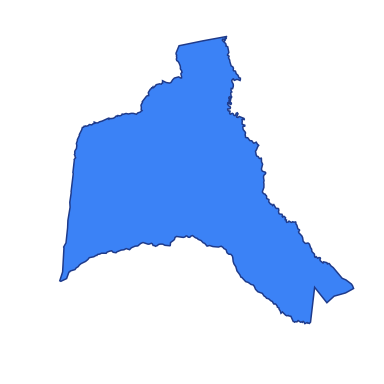 outline of Tsholotsho, Matabeleland North, Zimbabwe, rotated 351°
{"feature_id": "62879985B28907517418650", "entity_name": "Tsholotsho", "entity_type": "district", "adm_level": 2, "iso_a3": "ZWE", "parent_name": "Zimbabwe", "parent_adm1": "Matabeleland North", "projection": "equal_earth", "projection_center": [27.51, -19.64], "detail": "fine", "context": "isolated", "style": "filled", "palette": "blue", "viewbox_px": 384, "rotation_deg": 351, "n_neighbors": 0, "source": "geoboundaries", "source_scale": "gbopen_adm2", "svg_char_len": 6013}
<svg xmlns="http://www.w3.org/2000/svg" viewBox="0 0 384 384"><g transform="rotate(351 192 192)"><path d="M336.5,312.6L335.9,309.7L335.1,307.9L330.3,302.9L326.8,300.7L319.7,288.8L317.7,286.7L316.5,284.4L316.1,284.0L314.5,284.2L314.2,282.9L311.1,281.6L310.3,282.6L307.9,279.9L307.8,278.9L308.5,277.5L308.2,276.9L307.1,276.6L305.8,277.1L304.5,275.3L303.7,275.8L303.0,275.3L303.2,272.5L301.1,269.5L301.2,267.1L300.4,265.4L299.8,261.8L298.6,260.5L296.4,260.6L295.7,260.3L294.1,258.1L294.1,254.3L293.6,252.5L291.1,248.9L291.0,248.0L292.2,246.8L292.2,246.1L290.8,244.9L290.4,241.2L289.7,239.8L289.8,238.0L289.5,237.7L288.0,237.8L286.8,237.1L285.9,237.6L285.1,237.5L283.3,235.9L282.3,236.7L280.8,236.8L280.5,235.9L280.9,234.4L279.7,234.0L279.8,233.2L280.4,232.2L280.1,231.6L279.0,230.4L277.6,230.9L277.3,230.4L277.6,229.3L277.4,228.1L275.0,227.4L274.5,226.9L274.4,224.7L274.9,223.7L274.9,222.2L274.3,221.6L272.9,221.5L272.1,220.6L270.8,217.2L269.4,218.0L268.9,216.6L267.7,216.3L266.3,213.7L266.8,211.5L264.7,210.1L265.0,207.9L264.9,207.2L264.2,206.5L263.9,205.6L262.6,204.9L261.6,203.4L261.7,202.4L263.7,198.8L264.3,195.3L264.3,193.5L264.9,192.2L264.9,189.1L265.2,187.5L265.8,186.6L267.4,185.5L267.8,184.7L267.5,183.9L264.8,182.5L264.2,181.1L264.3,179.8L266.1,175.6L265.4,173.0L265.8,169.7L265.6,169.3L264.4,169.6L263.7,169.2L262.9,167.4L261.6,166.7L261.2,165.3L261.1,161.6L262.2,160.5L264.1,157.4L265.2,156.3L264.1,155.0L263.2,152.8L261.2,153.4L260.4,153.3L259.1,150.8L257.1,150.2L255.5,147.1L254.0,146.8L253.4,146.2L253.6,145.2L253.4,143.9L254.1,142.0L253.9,141.1L252.3,138.3L252.3,135.9L252.8,135.1L253.8,135.3L254.5,135.1L254.6,134.3L252.3,133.0L252.2,131.8L252.7,130.0L252.7,128.3L253.4,128.1L254.8,128.7L255.1,128.2L254.8,127.4L250.5,124.8L249.0,125.6L247.9,125.1L247.9,124.6L249.7,122.0L249.1,120.8L247.9,121.2L247.3,122.7L246.5,123.3L245.5,122.9L245.0,121.3L244.2,120.6L242.0,121.1L241.6,120.6L241.5,119.9L242.2,118.5L242.1,117.9L240.7,117.7L240.1,116.4L240.2,115.6L240.5,115.5L242.3,115.8L243.0,115.2L243.2,114.4L242.9,113.5L242.1,113.0L240.9,111.0L241.3,109.4L241.9,109.3L242.3,110.3L243.6,111.5L244.1,111.6L244.7,111.0L244.7,110.2L244.1,109.2L242.9,109.7L242.5,109.5L242.9,107.6L244.1,107.9L244.7,106.9L244.4,105.5L243.4,106.4L243.0,105.2L243.2,104.3L244.1,103.8L245.6,105.1L246.1,104.3L245.6,103.0L245.7,100.3L246.1,99.7L247.0,99.4L246.4,97.8L246.9,95.8L248.2,96.3L249.2,94.4L249.5,93.2L249.6,91.9L248.7,89.3L248.7,88.0L249.9,86.9L250.7,86.8L251.2,88.4L253.7,87.8L254.9,88.1L256.9,89.4L257.4,88.5L257.6,87.1L256.2,86.4L255.7,83.9L254.2,82.1L253.8,79.4L252.0,78.7L251.8,77.9L252.3,76.2L251.9,74.8L250.4,73.5L249.8,69.4L249.8,67.4L249.0,65.2L249.8,64.1L249.6,63.2L248.5,62.6L248.5,62.1L250.2,60.0L250.0,54.1L248.4,53.1L248.7,52.5L248.5,50.7L245.8,47.1L245.8,46.4L246.4,45.8L247.6,46.2L248.0,47.8L248.4,47.5L248.9,45.4L249.5,45.9L249.9,45.6L249.8,44.2L251.0,43.8L226.5,44.4L202.1,45.5L198.1,52.1L197.8,53.2L198.3,54.4L197.9,55.3L197.9,57.3L197.3,58.2L197.5,59.8L198.6,60.8L199.3,62.3L200.1,65.6L200.1,67.1L199.8,67.9L199.9,69.1L200.7,70.4L200.8,72.3L199.7,73.1L199.5,73.7L199.8,76.4L199.5,77.7L198.7,77.7L196.8,76.2L192.4,76.7L190.4,78.2L188.4,80.5L186.8,80.9L183.6,79.8L180.3,77.5L180.0,79.8L179.4,79.8L178.5,80.7L176.9,80.1L173.4,80.4L172.9,81.0L170.4,82.9L169.9,83.0L169.8,82.1L169.1,82.8L168.5,82.7L168.0,83.4L166.8,84.1L164.5,86.8L164.3,87.4L164.5,87.9L164.3,90.0L163.0,89.9L162.0,90.3L157.0,95.0L157.1,95.7L155.2,98.3L155.2,100.6L154.7,102.6L155.4,103.8L154.6,104.0L153.6,104.9L150.8,105.4L149.3,106.5L146.5,105.2L144.4,104.8L141.4,105.0L139.1,104.1L136.6,104.5L135.2,104.1L134.7,104.9L133.6,105.4L132.1,105.4L130.7,104.8L130.1,105.5L129.6,105.1L128.6,105.3L128.0,105.9L125.9,106.9L123.1,106.8L121.7,106.2L121.7,106.8L121.3,107.2L120.4,106.2L114.3,107.9L111.6,108.2L109.9,109.0L108.1,108.7L106.3,107.6L106.2,108.0L106.8,108.9L104.8,109.2L103.5,110.0L101.1,109.3L100.0,110.2L97.9,110.5L97.3,110.1L96.4,110.5L95.8,110.1L94.9,111.1L93.8,111.1L92.8,113.3L89.7,117.6L89.7,118.4L87.0,122.3L86.8,123.4L85.4,126.0L85.5,128.0L84.7,130.9L83.0,132.8L82.4,134.1L82.4,135.6L81.7,136.6L82.2,138.1L82.0,138.9L82.4,140.0L80.7,141.4L80.7,142.3L77.4,154.2L77.6,155.2L72.6,172.8L72.6,173.7L69.7,183.0L69.2,188.0L65.0,200.6L63.5,208.0L59.6,222.5L56.6,226.3L56.8,227.1L51.7,250.7L47.5,259.0L48.5,259.7L54.6,257.9L57.9,251.9L58.8,251.7L59.4,251.0L64.3,250.3L65.7,248.9L68.0,247.9L69.2,246.6L71.2,245.4L76.1,243.9L78.6,242.4L80.3,240.8L84.9,240.6L87.4,239.6L88.1,239.8L89.0,238.9L91.1,238.9L93.1,238.3L97.6,239.1L98.8,238.1L101.2,237.6L103.4,237.5L104.7,239.2L107.4,240.1L108.6,239.3L113.0,238.3L115.8,238.4L118.1,237.6L121.3,239.2L123.4,237.6L127.3,236.6L130.0,236.8L133.3,234.8L135.7,234.2L140.3,236.6L141.4,236.8L143.8,236.3L144.7,236.9L145.2,238.7L146.7,239.1L147.3,239.9L149.4,239.5L150.7,238.6L152.6,238.5L154.9,238.9L156.9,240.4L161.6,241.6L162.1,241.5L162.3,240.9L162.9,238.6L166.5,236.7L167.3,236.0L168.1,234.2L169.8,233.5L176.3,235.5L177.9,235.3L179.3,234.5L180.0,234.6L181.3,236.1L182.7,236.4L184.3,235.3L185.7,235.1L188.2,237.7L190.1,238.7L190.6,239.7L193.4,241.4L195.1,243.9L196.5,244.7L198.4,247.8L201.0,247.6L204.2,249.2L209.5,250.5L212.3,250.1L214.0,251.6L214.6,252.8L216.6,254.3L217.1,257.5L218.6,259.2L220.6,259.6L221.8,261.4L222.0,263.2L221.8,267.0L222.2,269.6L223.6,272.7L224.1,277.0L226.3,281.2L227.0,283.8L227.9,284.2L231.0,288.9L233.4,290.1L235.8,292.5L237.9,293.4L238.8,295.0L239.5,298.0L241.4,300.8L245.6,303.1L246.9,306.0L248.2,307.1L249.0,308.6L251.0,309.5L252.8,311.7L254.3,312.8L254.8,314.4L255.5,315.6L256.5,315.4L257.3,316.0L258.3,317.9L258.3,319.0L259.6,320.0L259.8,321.8L260.5,323.0L260.9,325.7L262.5,324.6L265.2,328.3L266.3,329.1L267.8,329.0L268.3,329.6L270.2,330.2L271.7,335.7L272.5,336.0L272.9,336.6L273.9,336.3L275.3,336.7L276.7,335.6L278.9,337.6L280.0,337.4L280.6,338.0L281.5,337.2L282.2,337.9L282.9,339.7L285.3,338.9L285.9,339.7L286.5,339.6L287.3,340.2L288.7,339.1L298.2,305.3L307.9,322.5L316.1,317.1L327.9,315.7L336.5,312.6Z" fill="#3b82f6" stroke="#1e3a8a" stroke-width="1.5"/></g></svg>